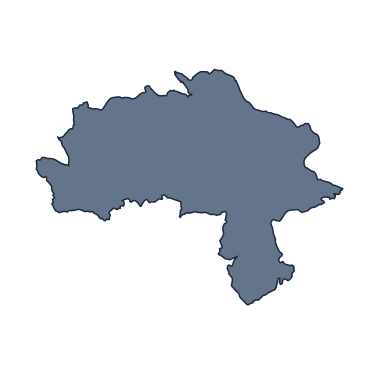 Hopang, Shan, Myanmar (Natural Earth projection), rotated 169°
{"feature_id": "60261553B42594704122339", "entity_name": "Hopang", "entity_type": "district", "adm_level": 2, "iso_a3": "MMR", "parent_name": "Myanmar", "parent_adm1": "Shan", "projection": "natural_earth1", "projection_center": [98.938, 23.1], "detail": "fine", "context": "isolated", "style": "filled", "palette": "slate", "viewbox_px": 384, "rotation_deg": 169, "n_neighbors": 0, "source": "geoboundaries", "source_scale": "gbopen_adm2", "svg_char_len": 6035}
<svg xmlns="http://www.w3.org/2000/svg" viewBox="0 0 384 384"><g transform="rotate(169 192 192)"><path d="M277.9,300.4L281.7,300.1L282.2,298.8L283.7,298.3L285.5,298.8L287.9,296.3L291.2,296.8L292.9,296.7L293.4,295.3L293.6,293.0L293.5,289.3L294.3,286.3L294.8,283.1L294.5,281.2L295.9,280.1L296.1,278.6L297.2,277.0L298.7,277.1L300.5,276.8L301.8,276.1L303.1,274.4L304.5,273.9L307.1,271.4L308.7,270.8L311.6,270.4L313.1,271.4L313.0,270.3L312.5,268.9L310.4,266.2L310.6,264.4L310.2,261.6L308.9,259.3L307.7,254.2L306.5,250.5L306.6,246.4L307.3,245.1L308.1,241.3L310.1,242.8L311.8,243.1L313.0,244.1L314.5,244.7L319.2,249.0L321.6,250.7L325.7,252.3L326.9,252.1L329.9,253.9L332.2,254.4L332.9,254.2L334.6,252.5L335.6,252.5L336.6,253.0L337.8,252.8L339.0,252.0L339.0,249.5L339.5,246.6L340.5,244.3L339.6,242.3L339.2,239.8L337.9,237.4L336.6,235.7L335.0,234.6L334.1,234.6L332.9,235.1L332.1,234.2L332.4,230.9L331.3,229.5L328.9,224.9L328.7,223.2L329.2,222.5L329.2,221.0L328.8,218.7L328.0,217.1L327.9,216.3L328.8,216.0L329.2,215.2L328.0,212.8L328.5,212.0L330.3,211.5L330.3,209.8L330.1,208.3L331.2,207.9L331.8,206.9L331.3,206.0L330.8,203.1L329.8,200.8L329.6,199.5L328.3,199.1L327.2,197.7L325.8,197.0L323.5,197.4L320.4,197.3L318.2,196.1L316.2,197.3L314.4,196.8L310.1,196.4L306.8,196.8L303.6,195.1L300.9,193.2L298.0,193.0L295.7,191.9L293.3,191.7L292.1,189.7L290.0,188.4L288.6,186.4L287.8,184.3L286.8,183.2L285.5,183.1L284.4,182.0L283.5,180.6L282.6,180.4L281.0,181.7L279.7,181.0L278.3,180.8L278.2,182.3L276.6,185.1L277.5,187.3L276.0,189.1L274.5,189.5L273.2,190.6L272.2,191.2L268.5,189.0L267.4,189.9L265.6,189.7L265.1,191.7L264.0,192.1L261.9,191.4L261.1,192.5L260.7,194.0L260.8,195.8L261.8,196.9L260.4,197.4L256.0,197.7L254.6,196.3L254.9,194.7L253.7,193.7L250.8,194.9L249.2,194.2L247.5,192.2L246.5,190.3L245.6,187.9L244.8,187.7L241.8,191.2L240.4,192.5L238.1,193.5L237.3,192.5L236.1,189.8L235.2,189.7L233.8,190.2L230.6,189.2L226.0,191.4L224.9,191.5L224.1,190.9L222.8,190.5L222.1,191.3L222.6,192.4L222.3,193.9L220.2,194.5L218.9,193.5L217.0,190.9L214.9,190.4L205.0,184.6L204.9,183.6L205.5,180.2L205.3,177.7L207.0,175.9L207.6,173.0L209.0,170.1L208.2,169.4L207.0,170.8L205.9,171.5L203.8,171.5L201.7,172.6L198.6,171.8L195.8,171.8L193.0,172.1L189.6,170.7L186.3,169.7L183.6,169.7L181.1,168.6L179.4,167.2L177.3,166.1L175.0,166.0L172.4,164.5L168.1,164.6L167.1,166.1L166.1,166.3L163.8,166.5L162.5,166.2L162.4,163.6L164.8,158.0L163.7,157.3L163.6,156.4L164.4,155.5L166.5,154.4L167.9,152.3L168.7,150.3L168.9,148.5L168.8,145.6L169.4,144.0L171.0,141.9L174.0,138.8L172.9,132.8L173.0,131.4L174.7,131.3L175.8,130.9L175.9,128.7L176.5,127.5L177.9,126.4L177.6,125.4L176.1,124.4L174.0,122.4L172.2,120.1L171.1,119.9L167.9,118.3L160.4,119.8L164.3,116.1L165.7,113.3L166.8,111.7L167.5,111.7L168.8,112.9L169.9,113.2L171.0,112.8L172.1,110.0L171.0,106.4L171.6,105.1L169.0,99.9L169.2,97.6L171.2,92.4L168.2,87.2L166.3,84.9L165.3,82.6L165.2,80.2L164.1,78.0L162.3,75.6L159.6,71.1L158.2,70.6L156.3,71.3L153.1,71.8L152.7,73.1L150.0,73.8L147.3,73.2L141.9,76.9L139.5,77.0L136.1,78.6L129.0,80.5L127.7,82.2L123.9,90.7L122.3,90.5L123.4,86.3L122.6,84.4L120.7,85.2L120.0,87.8L118.1,89.1L116.6,88.6L114.8,86.7L112.8,87.3L111.2,88.6L109.7,90.4L109.7,92.6L109.5,93.3L108.9,93.4L106.6,95.2L106.9,96.6L106.5,97.4L106.7,98.1L106.3,98.5L106.5,100.0L108.0,101.2L110.1,101.2L113.4,102.9L115.4,104.4L115.8,106.2L116.4,106.3L118.3,105.7L118.8,106.0L119.5,106.9L119.9,108.1L119.4,109.9L118.3,111.1L116.3,112.0L115.2,113.4L116.1,115.3L117.5,116.6L119.1,122.6L119.8,127.3L119.1,129.5L119.5,132.5L120.1,135.1L119.9,135.7L119.9,141.6L120.7,146.0L119.9,147.5L118.9,148.7L117.2,149.5L115.6,148.3L111.5,146.7L110.0,147.7L104.3,153.6L103.0,154.5L100.0,155.5L91.8,154.6L90.6,153.8L89.2,152.0L87.8,151.0L82.4,151.6L81.9,151.5L79.3,153.3L77.4,153.8L74.4,153.7L71.2,154.6L69.5,155.5L67.3,155.1L64.2,156.3L64.5,157.9L66.2,159.2L66.7,160.0L66.2,161.0L65.0,161.6L61.8,161.8L60.5,161.1L59.5,161.1L58.3,160.7L58.3,158.9L57.6,158.6L56.3,159.1L53.4,158.4L52.1,160.4L52.1,161.4L53.0,162.2L52.7,163.3L49.4,161.7L48.5,161.7L47.4,162.2L46.5,163.2L46.4,164.8L44.2,165.5L43.5,166.6L45.6,167.8L50.2,171.2L51.6,171.3L54.8,174.8L61.8,178.2L63.7,180.0L64.8,179.9L66.3,180.2L67.0,186.0L68.1,188.2L71.5,190.5L74.7,193.9L76.2,194.4L76.6,197.5L76.5,199.5L76.1,201.2L75.6,202.3L72.6,205.1L68.3,207.7L61.0,210.7L59.7,211.9L57.3,215.7L57.1,221.6L57.8,224.0L61.6,227.2L63.4,230.4L63.6,234.0L64.9,237.0L65.8,237.0L67.8,237.6L69.3,237.0L69.9,236.3L71.8,236.7L74.2,235.6L76.4,235.6L77.0,236.1L79.2,240.9L81.5,244.2L82.2,244.6L84.3,245.2L87.1,247.4L88.5,247.8L91.5,250.4L93.3,251.6L97.0,253.1L99.0,254.5L101.6,255.2L102.6,255.8L103.9,257.2L107.0,257.4L114.2,261.1L115.6,262.7L117.7,267.1L118.3,267.7L118.7,268.9L121.5,271.0L123.2,273.9L125.6,283.0L126.4,287.9L127.5,292.8L128.4,292.8L128.6,295.5L129.5,297.1L131.3,298.5L134.7,300.7L135.6,300.9L136.6,302.2L137.6,302.5L138.2,304.1L140.0,305.7L142.3,306.0L146.7,308.0L147.3,307.3L148.4,306.9L149.2,306.0L152.5,304.6L153.1,305.3L153.2,306.1L153.9,306.9L159.9,308.4L162.3,308.0L165.9,306.3L167.8,305.1L168.9,304.7L170.6,302.2L172.6,302.0L173.9,302.9L174.8,304.6L178.0,308.0L179.4,309.9L182.3,311.2L183.4,312.1L184.3,311.8L185.0,312.1L185.0,313.4L186.1,313.3L186.2,310.1L185.1,308.2L184.5,306.3L183.2,304.2L181.9,303.0L182.3,302.3L181.9,301.8L179.6,301.3L179.8,300.3L179.1,299.6L178.0,296.7L176.4,293.6L176.5,291.9L176.8,290.9L176.5,290.0L175.4,289.0L173.7,287.8L174.2,287.3L176.6,287.5L177.7,286.3L179.0,288.4L180.7,289.6L181.5,289.7L184.1,291.0L184.4,291.6L185.2,291.8L186.7,293.1L189.2,294.2L190.1,295.0L190.9,295.4L191.5,294.7L194.0,295.8L197.3,293.8L198.1,292.2L199.0,291.4L201.4,292.1L203.7,292.1L206.7,293.2L209.8,296.8L212.6,301.4L214.0,304.5L217.0,304.6L218.5,303.2L218.1,299.6L219.1,298.7L222.3,298.7L225.4,297.5L227.4,296.0L230.1,294.8L232.9,294.8L236.1,296.7L240.0,297.7L243.1,297.6L244.7,299.1L246.8,299.5L252.5,299.8L254.8,299.1L257.6,296.8L261.7,292.7L263.5,290.5L265.7,289.9L270.2,292.1L273.1,292.3L277.8,294.8L277.3,297.1L277.9,300.4Z" fill="#64748b" stroke="#1e293b" stroke-width="1.5"/></g></svg>